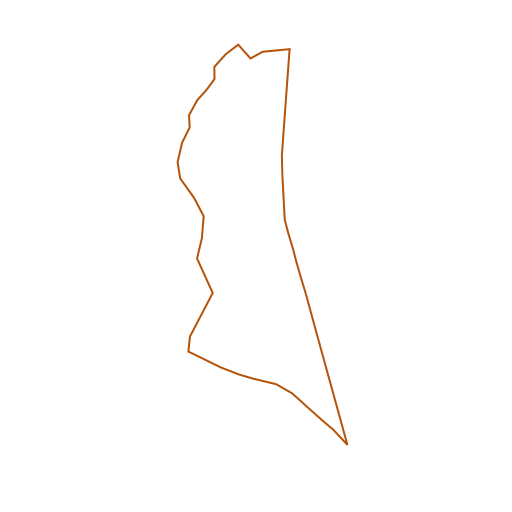 the district of General Maynard, Sergipe, Brazil, rotated 73°
{"feature_id": "56859067B22941727243395", "entity_name": "General Maynard", "entity_type": "district", "adm_level": 2, "iso_a3": "BRA", "parent_name": "Brazil", "parent_adm1": "Sergipe", "projection": "robinson", "projection_center": [-36.973, -10.693], "detail": "fine", "context": "isolated", "style": "outline", "palette": "amber", "viewbox_px": 512, "rotation_deg": 73, "n_neighbors": 0, "source": "geoboundaries", "source_scale": "gbopen_adm2", "svg_char_len": 647}
<svg xmlns="http://www.w3.org/2000/svg" viewBox="0 0 512 512"><g transform="rotate(73 256 256)"><path d="M68.0,163.4L62.6,190.1L65.5,203.5L48.7,211.2L54.1,225.8L62.9,240.5L74.7,244.0L82.5,254.5L89.7,266.5L101.8,278.9L113.6,281.8L126.0,293.5L143.2,303.5L159.7,305.8L182.4,298.2L202.7,294.4L223.3,302.6L241.1,313.1L278.7,308.2L313.7,342.7L327.6,348.6L352.3,322.2L364.1,307.3L372.6,294.4L384.5,274.2L397.9,261.6L415.6,251.0L433.4,240.2L444.7,232.9L463.3,223.8L353.3,220.8L326.5,220.0L307.2,219.4L290.8,219.4L273.0,219.1L259.1,218.5L244.4,218.5L229.7,217.9L186.2,207.1L167.2,201.8L68.0,163.4Z" fill="none" stroke="#b45309" stroke-width="2"/></g></svg>